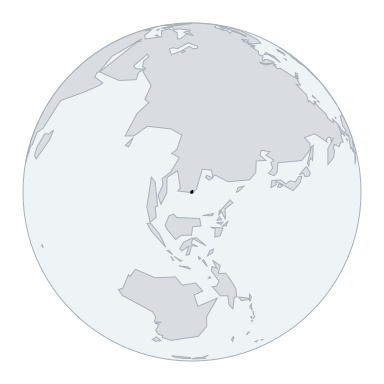 Ninh Thuận highlighted on a globe, orthographic projection, rotated 44°
{"feature_id": "VNM-481", "entity_name": "Ninh Thuận", "entity_type": "Province", "adm_level": 1, "iso_a3": "VNM", "parent_name": "Vietnam", "parent_adm1": "", "projection": "orthographic", "projection_center": [108.921, 11.746], "detail": "fine", "context": "on_globe", "style": "filled", "palette": "ink", "viewbox_px": 384, "rotation_deg": 44, "n_neighbors": 0, "source": "natural_earth", "source_scale": "10m", "svg_char_len": 9592}
<svg xmlns="http://www.w3.org/2000/svg" viewBox="0 0 384 384"><g transform="rotate(44 192 192)"><circle cx="192" cy="192" r="169" fill="#eef3f6" stroke="#a8b0b8"/><path d="M345.6,248.5L345.3,249.6L345.2,249.8L345.6,248.5ZM271.8,43.1L271.8,43.4L277.5,47.1L271.8,43.9L286.4,54.0L290.1,58.8L282.5,51.3L279.0,49.1L279.8,51.0L276.5,49.2L275.0,49.3L270.9,47.1L266.7,43.5L264.0,42.3L264.7,43.8L261.1,43.0L260.4,40.9L254.0,39.5L245.8,34.4L247.3,32.5L239.4,29.8L238.6,29.6L249.9,33.3L261.0,37.8L271.8,43.1ZM349.5,130.9L349.4,130.5L349.2,130.2L349.4,130.6L349.5,130.9ZM349.2,130.0L349.3,130.4L349.2,130.0ZM349.2,130.2L349.1,129.9L349.2,130.1L349.2,130.2ZM348.7,129.4L348.5,129.1L348.3,128.5L348.7,129.4ZM282.3,50.5L281.5,49.5L283.4,51.1L282.3,50.5ZM275.5,49.7L276.8,50.6L275.4,50.3L275.5,49.7ZM267.9,46.9L265.4,46.4L267.3,46.3L267.9,46.9ZM263.4,45.7L257.2,45.0L259.6,46.8L249.4,41.6L258.0,43.7L260.0,43.1L260.8,44.4L263.4,45.7ZM244.7,39.1L242.6,38.6L244.0,38.5L244.7,39.1ZM235.5,28.7L235.0,28.6L229.8,27.4L228.9,27.3L225.9,26.5L235.5,28.7ZM218.6,25.2L222.2,25.8L220.2,25.4L223.3,26.0L219.6,25.4L218.1,25.1L217.2,25.0L216.0,24.8L218.6,25.2ZM208.3,23.8L208.1,23.8L208.3,23.8ZM212.9,24.3L212.0,24.2L212.9,24.3ZM217.6,25.2L223.7,26.2L223.8,26.3L217.6,25.2ZM206.4,23.7L207.2,23.7L205.9,23.6L206.4,23.7ZM214.0,24.6L216.1,24.9L216.2,25.0L214.0,24.6ZM207.1,23.8L206.1,23.7L207.7,23.8L207.1,23.8ZM210.1,24.1L209.7,24.2L208.9,23.9L211.1,24.2L210.1,24.1ZM213.7,24.6L214.5,24.8L212.8,24.5L213.7,24.6ZM201.3,23.6L200.0,23.3L203.6,23.5L204.5,23.7L201.3,23.6ZM59.2,87.5L58.1,88.9L54.8,93.4L59.2,87.5ZM52.5,96.6L46.1,108.7L50.2,103.6L49.2,112.2L52.0,114.4L62.5,101.4L58.0,97.4L62.6,90.2L70.5,87.7L75.3,92.2L77.2,89.6L78.7,81.9L84.4,78.6L79.8,79.0L78.2,82.1L75.3,82.7L76.5,80.0L78.5,78.8L78.3,76.7L69.0,83.9L66.5,87.8L63.3,86.8L58.8,93.4L56.3,95.5L63.1,85.3L65.9,82.2L74.7,71.1L71.4,74.2L62.9,85.1L63.5,83.8L59.0,88.9L62.9,84.0L73.1,72.0L82.2,63.6L91.9,55.9L93.6,54.7L93.3,55.1L101.8,49.7L102.7,49.5L97.5,52.6L93.7,55.3L93.7,57.7L95.6,57.0L101.1,53.5L100.4,54.9L105.7,51.3L108.9,51.7L109.4,48.4L115.9,45.1L121.3,43.6L123.6,42.1L114.6,44.6L111.0,46.3L107.7,48.6L97.9,53.7L96.5,53.9L107.1,46.9L106.3,46.7L114.9,42.1L133.7,36.8L138.2,37.2L132.0,44.2L127.2,45.5L127.1,43.5L121.2,48.2L124.6,46.4L124.0,47.9L130.0,45.7L129.9,46.7L135.8,43.2L136.4,44.2L132.6,46.4L142.0,44.8L144.8,46.7L147.0,45.9L148.5,44.6L151.1,48.3L152.6,47.6L152.3,46.1L155.1,43.8L161.0,41.6L161.6,43.0L159.5,44.0L156.1,48.5L150.6,51.4L151.4,51.8L156.4,49.7L160.5,44.0L163.9,42.3L162.6,44.8L163.4,43.8L165.2,43.4L167.6,44.5L169.4,41.8L189.1,37.7L195.8,40.0L192.4,42.2L206.8,42.6L213.2,46.3L212.9,44.7L219.6,44.5L217.7,43.3L218.1,42.6L234.5,43.0L238.8,44.6L245.5,44.0L245.4,43.4L242.6,42.0L249.4,41.6L259.6,46.8L259.4,48.0L265.9,50.9L264.6,53.4L266.4,57.2L261.2,58.9L263.1,62.2L265.5,63.1L269.9,68.6L270.8,77.9L259.7,66.5L256.2,54.2L256.8,58.6L253.6,56.6L251.9,57.8L252.5,61.3L254.5,62.2L239.7,64.9L235.1,74.8L242.9,75.1L247.5,79.0L249.1,93.1L233.5,111.3L239.5,118.7L239.7,123.3L234.1,125.6L233.6,118.9L228.2,116.0L228.8,112.1L219.6,114.3L220.1,108.9L212.8,113.8L215.3,118.3L223.2,118.0L216.6,125.1L224.3,133.6L224.9,143.3L210.9,159.4L197.1,163.7L196.2,166.7L190.9,162.7L183.6,168.4L193.2,187.0L192.8,192.2L181.0,201.2L180.8,197.3L166.8,186.7L163.9,198.9L174.5,210.1L178.2,222.5L169.9,218.1L166.2,207.1L161.3,203.1L162.8,192.4L159.1,176.0L150.7,178.3L151.6,171.9L145.1,158.2L133.2,161.1L114.2,175.7L111.3,191.8L104.9,198.2L97.9,173.4L98.9,157.6L93.8,158.2L88.8,143.9L72.9,139.4L72.8,135.2L69.3,136.2L66.2,131.1L67.0,124.3L64.1,123.8L62.4,141.7L65.8,142.4L71.8,137.2L70.5,143.4L73.8,150.0L62.0,162.5L42.1,169.8L43.9,157.5L48.5,122.4L50.5,119.2L50.6,118.8L50.9,118.1L47.4,123.1L49.5,116.6L43.0,139.9L40.2,149.6L41.7,170.4L40.6,171.9L42.3,176.7L52.1,175.5L51.4,179.4L44.4,196.4L34.0,217.4L37.6,235.3L40.6,249.8L39.1,256.8L44.2,268.5L44.1,271.1L47.4,277.5L50.1,283.2L52.1,286.8L45.8,276.7L40.2,266.3L35.4,255.4L31.3,244.2L28.0,232.8L25.6,221.2L23.9,209.4L23.1,197.6L23.2,185.7L24.0,173.9L25.7,162.1L28.2,150.5L31.5,139.1L35.7,127.9L40.5,117.1L46.2,106.7L52.5,96.6ZM76.4,104.9L81.8,107.7L86.1,98.3L88.5,98.8L89.1,95.6L86.4,97.6L88.8,89.3L93.5,88.1L96.3,84.5L94.7,83.4L85.6,87.2L82.0,98.8L77.9,101.7L76.4,104.9ZM192.7,23.0L189.1,23.1L190.5,23.1L187.6,23.5L181.0,23.9L183.1,23.9L181.0,24.5L175.6,25.1L177.5,24.5L170.1,25.8L169.6,25.3L168.8,25.5L166.3,25.6L161.8,26.1L162.3,25.9L160.3,26.3L158.6,26.5L156.1,27.0L156.2,26.9L154.4,27.3L167.1,24.9L179.9,23.5L192.7,23.0ZM202.5,23.4L201.9,23.3L202.5,23.4ZM201.2,23.3L201.9,23.3L199.6,23.3L199.8,23.4L197.2,23.3L200.3,23.7L192.6,23.7L188.5,23.6L195.2,23.1L194.5,23.1L195.1,23.1L201.2,23.3ZM59.9,86.9L59.5,87.6L59.5,88.0L56.7,91.5L59.9,86.9ZM66.7,78.7L62.7,83.2L62.9,83.0L66.7,78.7ZM70.2,75.0L67.0,78.3L69.0,76.2L70.2,75.0ZM97.9,52.5L98.4,52.5L97.1,53.4L95.3,54.5L97.9,52.5ZM153.5,30.7L155.2,29.9L156.2,29.8L162.0,28.4L162.8,28.9L159.7,29.9L153.5,30.7ZM59.8,103.1L57.0,105.0L57.5,103.4L58.4,103.0L59.8,103.1ZM55.3,97.8L54.7,100.7L54.5,98.7L55.3,97.8ZM155.3,31.0L157.6,30.3L156.6,31.0L155.3,31.0ZM163.7,29.2L163.1,29.9L163.6,28.8L163.7,29.2ZM120.2,333.6L123.8,335.6L121.6,335.3L120.2,333.6ZM53.1,252.8L57.0,276.5L53.3,275.1L49.3,267.3L45.6,252.4L48.7,249.7L49.3,243.5L53.1,252.8ZM221.1,252.9L226.2,253.8L226.0,254.5L221.1,252.9ZM215.7,250.0L221.6,250.5L214.7,251.6L215.7,250.0ZM223.9,250.7L229.8,249.5L232.4,248.3L231.9,249.9L223.9,250.7ZM211.7,249.9L190.1,248.4L181.6,245.8L183.6,243.2L197.4,244.8L211.7,249.9ZM182.9,243.0L169.9,234.1L152.4,209.5L158.6,210.4L177.0,226.0L175.9,228.3L183.7,235.1L182.9,243.0ZM214.5,230.4L213.2,237.6L201.3,236.3L195.8,234.8L192.1,225.2L194.2,220.6L198.6,221.0L215.9,205.8L222.0,210.1L216.6,216.6L221.6,223.3L214.5,230.4ZM111.9,193.5L115.0,203.7L111.6,204.8L111.9,193.5ZM223.0,194.9L216.0,201.6L222.4,192.5L223.0,194.9ZM226.9,186.3L227.3,189.9L224.5,186.3L226.9,186.3ZM196.0,171.6L191.3,172.1L191.2,169.6L197.2,167.5L196.0,171.6ZM225.3,151.7L225.1,158.9L224.1,161.3L222.0,156.8L225.3,151.7ZM165.8,37.5L156.8,38.7L150.9,40.5L148.4,42.9L148.0,40.4L157.1,37.4L165.8,37.5ZM186.2,37.3L188.3,35.7L190.0,36.5L189.7,37.0L186.2,37.3ZM185.6,36.3L183.4,34.4L186.2,33.6L187.4,35.2L185.6,36.3ZM169.0,31.7L166.3,31.9L167.2,31.3L169.0,31.7ZM305.9,312.2L306.5,312.9L301.7,317.4L295.5,322.2L290.9,324.1L305.9,312.2ZM265.9,325.8L267.0,321.0L273.0,320.4L269.5,324.7L265.9,325.8ZM310.1,308.5L314.4,303.6L317.3,298.0L315.3,303.0L317.3,302.6L307.6,312.3L310.1,308.5ZM246.9,305.5L213.9,314.8L206.9,313.3L209.1,309.1L203.7,295.6L206.0,296.0L205.1,286.9L224.9,279.4L239.2,264.6L249.7,265.8L257.9,254.9L268.5,255.8L265.0,264.5L275.6,270.3L283.9,250.8L289.2,271.6L296.1,278.7L296.7,291.5L280.2,313.1L271.7,317.4L270.6,315.5L266.9,317.7L262.0,316.9L260.2,310.2L256.6,312.3L260.5,307.1L255.1,311.7L252.9,307.3L246.9,305.5ZM322.1,267.3L323.4,267.8L325.0,271.2L323.0,270.7L322.1,267.3ZM342.3,253.3L342.5,254.9L341.3,255.6L342.3,253.3ZM345.2,249.8L343.8,250.8L345.6,248.5L345.2,249.8ZM330.3,254.7L330.8,255.9L330.2,256.4L330.3,254.7ZM329.8,254.3L330.7,252.1L330.4,254.2L329.8,254.3ZM324.2,243.5L325.0,242.4L325.4,243.2L324.2,243.5ZM233.7,254.2L240.9,248.8L244.8,248.4L233.7,254.2ZM323.0,241.3L320.9,241.2L321.2,240.0L323.0,241.3ZM323.3,238.6L323.1,237.0L324.3,240.7L323.3,238.6ZM319.3,235.3L321.8,238.0L319.0,235.6L319.3,235.3ZM317.7,235.7L315.8,234.5L316.0,234.0L317.7,235.7ZM295.4,238.3L302.6,247.6L296.7,247.4L290.0,241.6L284.5,247.0L272.3,246.0L275.2,242.7L273.6,237.5L260.7,235.2L258.1,231.7L262.8,229.6L254.2,226.7L263.6,225.4L267.4,232.4L272.6,227.1L281.6,228.6L290.3,231.0L297.1,236.2L295.4,238.3ZM263.5,240.6L265.1,240.7L263.7,242.7L263.5,240.6ZM312.2,230.8L315.0,234.1L314.6,235.0L313.3,234.5L312.2,230.8ZM298.7,235.0L306.1,229.3L307.8,229.4L302.9,235.9L298.7,235.0ZM304.4,225.5L307.7,226.3L309.5,229.6L308.8,230.4L304.4,225.5ZM244.4,233.7L244.0,235.6L241.5,234.0L244.4,233.7ZM247.5,232.6L254.9,235.0L246.9,234.3L247.5,232.6ZM225.0,225.0L227.2,229.7L234.1,227.1L228.8,231.0L233.5,238.7L231.8,241.5L227.2,233.2L225.6,241.5L222.5,241.2L220.9,233.9L224.0,225.3L227.0,221.9L239.5,220.9L225.0,225.0ZM247.5,227.1L245.5,221.7L247.0,218.2L249.1,221.1L247.5,227.1ZM239.7,208.7L234.4,202.4L229.7,204.5L239.3,196.5L242.7,203.8L239.7,208.7ZM235.2,195.2L230.8,197.1L235.3,192.3L235.2,195.2ZM229.6,195.0L229.1,190.7L232.6,191.4L229.6,195.0ZM237.5,195.5L238.3,188.3L240.1,192.6L237.5,195.5ZM227.5,181.2L235.1,188.5L225.3,185.1L224.8,171.4L228.9,171.3L227.5,181.2ZM250.0,129.0L248.9,125.4L252.7,124.8L252.4,127.4L250.0,129.0ZM263.8,120.8L253.3,123.5L244.7,126.2L247.5,128.0L245.7,134.1L241.4,128.1L247.3,121.8L253.9,120.9L254.7,115.9L259.4,112.9L258.0,106.8L260.0,104.4L263.3,109.9L263.8,120.8ZM257.2,104.3L256.5,94.1L263.7,96.1L265.4,98.7L262.7,102.4L259.1,101.1L257.2,104.3ZM258.5,92.4L255.0,91.1L246.6,76.6L246.7,74.2L256.8,85.5L254.0,85.1L254.8,88.5L258.5,92.4ZM243.4,39.3L242.7,38.6L244.5,39.4L243.4,39.3ZM216.9,41.9L217.7,41.1L219.8,41.8L216.9,41.9ZM221.1,39.3L218.1,39.1L221.0,38.8L221.1,39.3ZM211.6,38.9L216.9,38.7L212.2,39.7L211.6,38.9Z" fill="#d9dde1" stroke="#a8b0b8" stroke-width="1"/><path d="M192.8,191.9L192.9,192.0L192.8,192.3L192.7,192.3L192.7,192.5L192.4,192.5L192.4,192.4L192.3,192.5L192.3,192.8L192.3,193.0L192.2,193.2L192.1,193.3L192.0,193.2L191.9,193.2L191.7,193.0L191.6,192.9L191.4,192.8L191.4,192.7L191.1,192.5L191.1,192.4L191.2,192.2L191.3,192.1L191.2,191.9L191.2,191.7L191.3,191.3L191.3,191.1L191.3,190.9L191.4,190.7L191.6,190.8L191.7,191.0L191.8,191.2L191.8,191.3L192.0,191.4L192.1,191.5L192.3,191.5L192.5,191.8L192.8,191.9L192.8,191.9Z" fill="#0f172a" stroke="#020617" stroke-width="1.5"/></g></svg>